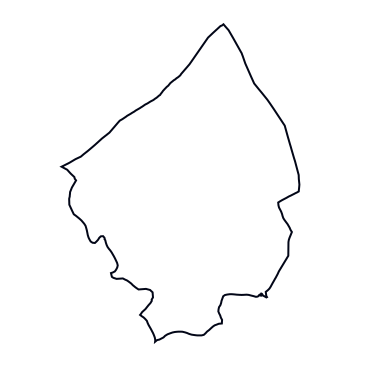 outline of Bani Qays, Hajjah, Yemen, rotated 150°
{"feature_id": "15242507B13849727966000", "entity_name": "Bani Qays", "entity_type": "district", "adm_level": 2, "iso_a3": "YEM", "parent_name": "Yemen", "parent_adm1": "Hajjah", "projection": "mercator", "projection_center": [43.354, 15.631], "detail": "fine", "context": "isolated", "style": "outline", "palette": "ink", "viewbox_px": 384, "rotation_deg": 150, "n_neighbors": 0, "source": "geoboundaries", "source_scale": "gbopen_adm2", "svg_char_len": 4288}
<svg xmlns="http://www.w3.org/2000/svg" viewBox="0 0 384 384"><g transform="rotate(150 192 192)"><path d="M99.3,139.1L96.7,142.7L95.3,144.7L93.0,149.8L91.1,153.4L89.3,160.1L87.4,167.1L86.7,170.3L85.7,174.4L84.3,180.1L84.0,181.2L83.3,184.2L81.4,191.9L78.5,203.1L78.6,204.7L79.6,221.3L79.7,223.0L80.2,229.8L80.6,234.3L81.1,237.5L82.0,243.3L82.7,247.3L83.9,254.9L83.1,262.9L82.6,267.4L81.6,276.6L80.1,284.4L79.8,286.4L79.6,287.2L79.6,289.1L79.5,296.7L79.4,304.9L79.4,312.0L79.4,313.8L80.2,317.7L80.9,321.5L83.1,321.2L84.2,321.5L94.6,319.2L100.9,317.7L130.2,303.9L142.5,299.6L143.8,298.9L144.4,298.8L145.2,298.6L145.4,298.6L146.5,298.4L147.4,298.3L148.4,298.3L149.4,298.1L150.5,297.9L151.5,297.9L152.5,297.8L153.4,297.6L154.3,297.5L155.4,297.3L156.5,297.1L157.4,296.7L158.3,296.4L159.2,296.0L160.2,295.8L161.1,295.7L162.5,295.3L163.5,295.0L164.6,294.7L165.1,294.5L165.4,294.4L165.5,294.4L166.5,294.1L167.3,293.7L168.2,293.3L169.2,292.9L170.2,292.5L171.1,292.0L172.1,292.0L173.2,291.8L174.6,291.5L175.9,291.3L176.8,291.3L177.8,291.2L179.2,291.0L180.4,291.0L181.6,291.1L182.2,291.1L182.6,291.1L183.9,291.1L184.0,291.1L185.0,291.0L185.9,291.0L186.3,291.0L187.0,291.0L188.3,291.1L189.3,291.1L190.3,291.0L191.4,290.9L193.0,290.8L193.9,290.8L195.1,290.7L196.5,290.7L197.5,290.7L198.8,290.7L200.2,290.7L201.6,290.5L203.0,290.5L204.5,290.5L206.1,290.4L207.4,290.4L208.1,290.4L208.7,290.4L210.1,290.4L211.5,290.2L213.0,290.1L214.4,290.0L215.8,289.9L217.1,289.9L218.5,289.9L218.9,289.9L221.6,289.0L233.8,284.7L243.4,283.3L252.6,281.3L254.7,280.9L261.3,279.7L266.8,278.9L270.6,278.2L276.5,278.7L283.6,278.6L292.3,279.1L288.9,273.6L288.8,273.0L288.3,270.6L287.8,268.4L287.1,266.1L286.4,263.8L286.9,262.1L286.6,260.0L291.7,257.1L293.8,255.9L295.8,254.3L297.6,252.9L298.8,251.1L299.1,250.8L300.1,249.3L301.8,247.5L304.6,242.3L305.2,235.8L305.5,231.8L304.4,229.4L303.6,227.3L302.8,225.2L302.1,223.0L302.0,222.7L301.6,220.6L301.2,218.3L301.1,215.9L301.7,213.4L302.3,211.2L303.0,209.1L303.8,206.8L304.4,204.1L304.4,203.8L304.5,202.2L304.5,199.8L303.5,197.8L301.6,196.4L299.4,196.9L297.2,197.6L295.2,198.7L293.1,199.2L291.1,198.2L290.7,196.1L291.0,195.1L291.3,194.9L291.2,193.6L291.9,191.3L292.4,188.9L292.6,186.6L292.4,184.5L292.0,182.2L291.8,179.8L291.8,177.5L291.8,175.3L291.9,172.9L292.1,170.5L292.3,168.1L293.0,165.6L294.5,164.0L296.5,162.7L298.5,161.8L300.8,161.9L302.7,162.3L303.8,158.6L303.0,157.0L300.8,154.5L295.1,151.7L293.7,149.5L292.8,148.3L292.4,147.7L291.3,145.3L290.9,144.3L290.4,143.1L289.8,140.7L289.3,139.5L289.0,138.6L288.1,136.5L287.0,134.3L280.3,131.1L277.3,128.1L276.3,124.8L278.5,120.2L280.7,119.0L281.3,117.8L283.5,116.6L286.3,115.7L288.6,114.8L290.8,113.9L293.1,113.4L295.3,112.9L297.3,111.9L298.4,111.5L297.6,109.5L296.6,107.5L296.0,105.4L295.5,103.0L295.9,100.8L296.1,98.5L296.1,96.1L296.1,93.9L296.2,91.6L296.3,89.2L296.6,86.8L297.0,84.5L297.9,82.0L298.8,80.8L296.3,81.2L294.0,80.5L291.7,80.4L289.4,80.3L287.2,80.9L284.4,81.0L281.9,80.6L279.2,80.1L277.0,79.4L274.5,78.3L272.1,77.0L270.2,75.8L268.4,74.1L266.9,72.5L265.4,70.5L263.6,68.6L261.7,67.1L259.6,65.5L257.5,64.2L255.3,63.0L253.2,62.4L250.9,62.9L248.7,63.6L246.2,63.9L244.1,64.4L241.3,65.0L239.1,65.2L236.8,64.8L234.7,64.5L231.9,63.2L229.9,66.2L229.8,68.8L229.3,71.0L229.2,73.2L228.9,75.4L227.6,77.2L226.3,78.6L226.1,78.8L224.0,79.8L222.3,81.3L220.8,83.0L219.0,84.5L217.1,86.1L215.0,86.3L212.8,85.6L210.4,84.6L208.5,83.5L206.6,82.2L204.7,80.8L202.3,79.2L200.4,78.0L198.1,76.8L196.1,75.8L194.3,74.5L192.5,72.7L190.7,71.0L189.1,69.3L188.0,68.8L187.3,68.6L186.4,68.7L185.6,69.1L184.8,69.2L184.6,68.7L184.7,68.3L184.5,68.1L184.3,67.9L183.8,67.6L183.3,68.2L182.9,69.4L182.6,69.3L182.3,68.6L182.3,66.9L180.3,63.5L179.6,63.5L179.7,64.6L178.1,68.6L175.6,69.0L173.3,69.6L171.3,70.6L169.2,71.9L167.2,73.1L165.3,74.2L163.5,75.3L163.1,75.5L162.2,76.0L161.1,76.7L158.7,78.2L156.5,79.8L140.5,88.6L133.5,100.4L132.1,102.1L130.4,103.6L127.8,105.6L125.5,107.4L125.6,109.7L125.4,111.7L125.3,112.0L125.3,114.2L125.3,116.4L125.6,118.8L125.9,121.5L126.0,123.6L125.6,125.8L125.0,128.0L124.6,130.5L124.5,132.6L124.4,135.0L123.8,137.2L122.6,139.8L120.2,139.9L117.8,139.9L115.5,139.8L113.2,139.7L110.6,139.7L110.2,139.7L108.2,139.5L106.0,139.4L104.5,139.3L103.6,139.3L101.0,139.1L99.3,139.1Z" fill="none" stroke="#020617" stroke-width="2"/></g></svg>